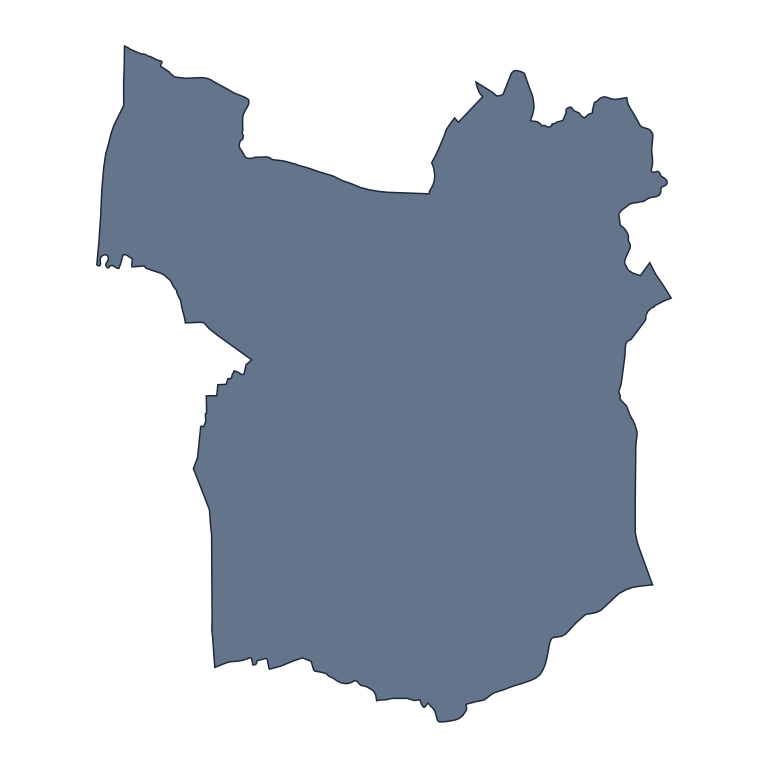 Pa Mok, Ang Thong, Thailand
{"feature_id": "78962969B20777837687039", "entity_name": "Pa Mok", "entity_type": "district", "adm_level": 2, "iso_a3": "THA", "parent_name": "Thailand", "parent_adm1": "Ang Thong", "projection": "natural_earth1", "projection_center": [100.461, 14.49], "detail": "fine", "context": "isolated", "style": "filled", "palette": "slate", "viewbox_px": 768, "rotation_deg": 0, "n_neighbors": 0, "source": "geoboundaries", "source_scale": "gbopen_adm2", "svg_char_len": 6063}
<svg xmlns="http://www.w3.org/2000/svg" viewBox="0 0 768 768"><path d="M652.7,584.8L651.4,581.7L637.9,544.5L636.9,540.6L635.2,532.1L635.2,506.4L635.8,445.6L637.1,434.2L636.9,431.2L634.6,423.8L633.0,420.3L631.6,418.2L629.2,413.4L627.0,406.9L626.2,405.5L621.3,400.7L619.6,397.7L620.2,396.8L620.3,395.3L619.3,393.8L618.9,391.7L619.2,390.1L620.5,386.3L621.3,383.1L624.8,357.0L625.4,346.4L625.9,344.1L626.7,342.0L627.5,341.2L631.0,339.4L644.4,321.7L645.5,319.8L645.8,318.9L645.9,315.5L648.0,311.2L650.2,309.1L651.6,307.8L654.2,306.8L655.2,305.5L663.1,301.3L671.2,298.1L663.5,285.7L655.7,274.3L649.8,262.7L640.5,275.5L637.2,274.6L633.2,273.2L629.0,270.7L628.0,269.7L625.1,264.2L624.5,262.2L625.1,259.3L630.2,247.8L630.3,245.2L629.6,243.0L628.3,240.4L628.4,236.6L627.8,233.8L625.3,229.7L623.8,228.0L620.7,225.5L620.2,224.6L618.8,214.2L619.1,213.3L621.7,210.2L628.6,204.9L630.0,204.0L632.9,203.1L638.2,202.4L641.5,201.5L643.7,201.4L646.5,199.5L648.9,198.2L651.8,197.3L656.0,196.7L658.3,195.8L659.8,194.5L660.4,193.4L660.8,191.5L660.9,188.8L661.4,187.7L662.5,186.6L664.8,185.8L666.1,184.9L667.0,183.6L667.2,182.2L666.7,180.5L665.4,178.9L661.0,176.0L659.7,172.9L658.8,171.9L657.9,171.4L657.1,171.4L654.1,172.3L652.9,172.4L652.2,172.1L651.7,171.2L651.4,170.2L651.4,169.1L652.4,164.9L652.6,161.2L652.3,156.7L651.8,152.4L651.7,148.0L652.8,137.8L652.8,134.4L652.3,133.1L651.0,131.1L649.5,129.6L647.5,128.7L643.2,127.5L641.4,126.6L640.2,125.5L633.7,113.7L630.5,108.8L628.3,104.6L627.7,103.0L626.7,97.6L619.6,98.9L614.6,99.4L611.5,98.9L606.9,97.3L604.4,96.9L603.1,97.0L601.1,97.7L599.2,98.9L597.7,100.8L595.4,101.8L594.3,102.9L592.5,110.2L592.5,112.8L591.9,113.2L589.2,114.0L587.5,115.2L584.4,118.1L581.6,116.1L578.9,112.8L574.4,111.0L573.5,110.2L571.6,107.5L570.9,107.2L569.7,107.2L566.9,108.5L566.1,109.7L565.9,113.6L562.8,120.5L556.9,122.1L554.4,123.7L552.2,123.9L551.8,124.3L551.5,126.0L550.9,126.5L547.1,127.0L545.0,125.5L543.9,125.4L542.5,125.8L542.0,125.7L539.9,123.4L538.3,122.6L537.4,121.8L534.9,121.3L532.0,121.1L530.4,120.5L532.4,115.2L533.6,110.1L534.0,106.4L533.5,101.4L532.6,96.2L531.9,94.1L529.0,86.7L525.0,74.9L524.5,73.7L523.6,72.8L521.1,71.7L517.6,70.7L516.1,70.5L514.2,70.8L512.3,72.2L511.6,73.1L510.9,74.5L503.3,93.7L502.6,94.6L499.8,95.7L497.8,95.9L496.2,95.5L492.2,92.1L475.9,82.0L477.1,87.0L479.2,92.3L481.1,95.0L482.7,96.7L458.4,122.3L454.6,117.9L450.8,122.9L446.9,128.7L446.0,130.5L444.2,135.8L438.4,149.5L434.8,157.0L431.8,162.4L431.7,162.8L432.9,165.7L433.9,168.9L434.7,175.1L434.6,178.1L434.1,181.3L433.0,184.8L431.2,188.5L429.8,190.4L429.1,193.8L387.8,192.3L378.6,191.4L368.6,189.6L360.4,187.5L350.6,183.4L342.8,180.8L333.3,176.1L319.4,171.9L308.2,168.0L297.8,165.1L296.1,164.3L285.0,161.3L282.1,160.7L273.0,159.7L271.1,158.9L269.9,157.8L267.1,156.9L255.0,157.3L252.4,158.2L249.7,158.4L247.5,158.2L246.0,157.6L245.0,156.7L242.4,151.7L240.0,148.5L239.4,146.9L239.2,144.9L240.0,141.5L240.9,140.4L242.7,139.1L243.4,136.0L243.3,135.2L242.1,133.4L242.8,130.1L242.6,123.1L242.7,117.6L243.4,114.3L246.0,109.1L247.7,106.4L248.7,103.6L249.0,102.2L248.4,99.4L245.1,97.4L233.7,92.8L228.0,89.4L214.1,81.9L210.8,79.8L207.6,78.5L205.4,78.0L201.4,77.6L185.6,78.3L175.1,77.0L173.0,75.9L171.8,74.5L170.4,73.8L169.6,72.2L160.7,66.3L160.5,65.5L162.0,62.4L162.0,61.9L161.4,61.2L157.0,59.9L150.3,56.5L148.2,56.1L145.2,54.4L141.1,53.7L138.5,52.9L130.0,49.1L128.0,47.6L124.5,46.1L124.2,66.8L123.6,83.3L123.7,105.6L114.2,124.7L111.2,133.0L108.0,145.8L105.7,154.0L103.6,168.5L101.8,190.3L100.6,217.6L99.7,229.5L99.0,241.3L96.8,264.8L98.3,265.8L99.1,265.9L100.0,265.4L100.3,264.9L100.5,263.6L100.2,260.0L100.5,257.9L101.6,256.3L102.3,255.8L103.6,255.1L105.6,254.7L106.5,255.0L107.3,255.5L108.0,256.5L108.3,257.5L108.1,260.3L106.2,263.3L105.8,264.5L106.1,265.8L107.0,267.5L107.9,267.8L108.6,267.8L110.4,265.7L111.7,265.4L112.9,265.7L117.3,268.3L118.7,268.5L119.1,268.0L121.4,261.2L122.7,255.7L123.7,254.8L125.3,254.7L127.3,255.4L129.2,257.0L132.3,258.5L131.7,266.5L132.0,266.9L144.2,266.0L144.8,266.5L145.5,267.8L146.3,268.4L160.0,273.0L163.4,274.5L170.6,280.7L172.9,285.6L175.2,288.8L176.4,290.1L177.0,293.0L179.2,298.0L180.4,299.9L180.7,300.8L181.9,307.9L184.3,316.8L185.4,322.9L200.8,322.3L203.0,322.6L204.0,323.1L204.8,323.7L209.2,328.7L217.4,335.2L251.7,359.9L246.4,364.4L246.0,365.2L244.4,372.4L244.0,373.7L243.7,374.0L242.5,374.5L241.5,374.4L237.5,371.9L234.0,370.9L233.4,372.7L232.4,374.1L231.4,378.0L231.0,378.6L230.8,378.8L228.5,378.5L227.9,378.7L226.2,384.3L217.8,384.7L216.8,395.7L206.3,395.8L206.6,413.3L205.4,413.5L205.7,421.6L203.8,426.5L201.1,426.2L200.7,426.6L197.6,457.4L193.4,468.6L209.4,509.6L210.7,527.4L211.6,534.0L212.1,618.0L211.8,630.8L212.5,635.7L214.8,667.4L227.0,662.6L230.2,661.8L239.0,661.0L243.5,660.1L249.4,658.0L250.7,657.8L251.4,658.0L253.0,665.0L255.3,664.6L256.0,664.1L256.4,663.6L256.9,661.3L257.3,660.7L266.0,658.4L266.8,658.8L267.4,659.9L269.0,668.5L269.6,669.2L280.9,666.1L293.4,660.9L300.9,658.4L302.1,658.0L303.0,658.1L311.1,661.3L313.3,668.9L313.9,670.3L315.2,671.3L317.7,671.5L324.1,673.0L326.4,673.7L328.5,676.0L333.5,678.4L336.8,680.7L341.2,682.9L345.5,683.6L348.0,683.5L351.9,682.3L353.5,681.1L354.7,680.8L355.8,680.9L356.9,681.3L360.6,685.2L366.5,686.7L371.8,689.7L373.7,691.2L375.7,695.1L376.7,700.7L380.4,700.0L386.6,699.7L390.3,698.7L393.3,698.4L407.2,698.4L414.3,700.5L420.0,699.8L421.3,703.9L422.9,706.5L423.7,707.2L424.2,707.3L424.9,706.9L427.6,703.5L428.0,703.2L428.5,703.3L430.2,705.6L433.5,709.0L434.9,711.3L436.1,715.2L437.1,719.1L437.9,720.9L438.8,721.7L440.2,721.9L444.4,721.8L451.3,720.8L455.7,719.8L458.8,718.6L462.7,715.7L466.5,709.9L466.6,708.3L466.1,705.0L466.1,704.5L466.4,704.2L477.3,701.3L478.6,701.2L484.4,699.9L491.4,694.5L494.4,692.7L504.5,689.5L509.6,687.4L517.0,684.9L521.2,683.8L531.4,680.2L535.9,678.0L539.9,674.7L542.9,670.0L545.3,664.2L547.2,656.6L549.8,642.5L551.5,638.8L552.8,637.6L561.5,636.3L565.5,634.2L576.1,622.8L584.5,615.4L586.4,614.2L591.7,613.5L597.0,612.2L600.9,610.3L618.8,593.6L625.7,589.9L632.5,587.4L639.2,586.3L652.7,584.8Z" fill="#64748b" stroke="#1e293b" stroke-width="1.5"/></svg>